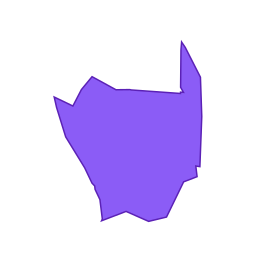 outline of Mary, Mary, Turkmenistan, rotated 14°
{"feature_id": "10190150B47066979897930", "entity_name": "Mary", "entity_type": "district", "adm_level": 2, "iso_a3": "TKM", "parent_name": "Turkmenistan", "parent_adm1": "Mary", "projection": "equal_earth", "projection_center": [61.762, 37.519], "detail": "fine", "context": "isolated", "style": "filled", "palette": "violet", "viewbox_px": 256, "rotation_deg": 14, "n_neighbors": 0, "source": "geoboundaries", "source_scale": "gbopen_adm2", "svg_char_len": 545}
<svg xmlns="http://www.w3.org/2000/svg" viewBox="0 0 256 256"><g transform="rotate(14 128 128)"><path d="M170.3,80.5L170.6,81.8L121.9,90.3L120.5,90.3L107.1,93.8L80.7,86.9L73.5,102.0L69.2,120.0L48.9,115.8L53.7,125.3L69.7,151.7L95.6,177.1L106.4,190.2L109.7,192.3L110.9,195.5L118.1,204.3L125.1,222.5L124.8,224.4L146.3,209.4L170.6,213.6L186.9,205.1L195.0,166.8L206.8,158.5L203.0,148.5L207.1,148.1L196.8,99.0L186.0,61.2L164.1,36.0L159.2,31.6L160.5,39.4L169.2,75.8L173.2,80.0L170.3,80.5Z" fill="#8b5cf6" stroke="#5b21b6" stroke-width="1.5"/></g></svg>